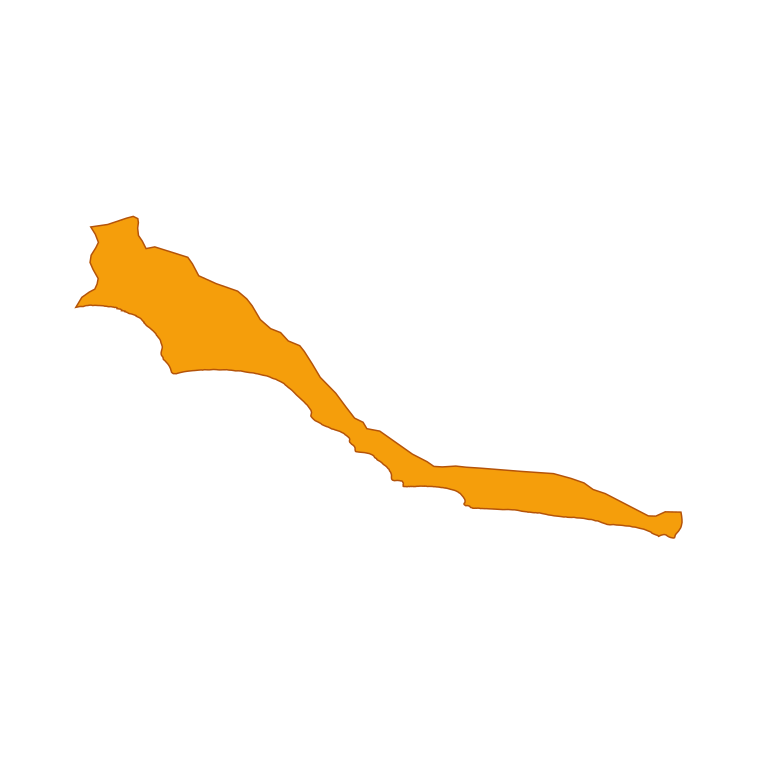 La Floresta, Canelones, Uruguay, rotated 15°
{"feature_id": "84410073B52381986459854", "entity_name": "La Floresta", "entity_type": "district", "adm_level": 2, "iso_a3": "URY", "parent_name": "Uruguay", "parent_adm1": "Canelones", "projection": "equal_earth", "projection_center": [-55.562, -34.763], "detail": "fine", "context": "isolated", "style": "filled", "palette": "amber", "viewbox_px": 768, "rotation_deg": 15, "n_neighbors": 0, "source": "geoboundaries", "source_scale": "gbopen_adm2", "svg_char_len": 6134}
<svg xmlns="http://www.w3.org/2000/svg" viewBox="0 0 768 768"><g transform="rotate(15 384 384)"><path d="M66.5,389.7L70.3,387.8L73.5,387.0L74.7,386.1L75.9,385.4L77.8,384.8L78.6,384.3L80.7,383.6L82.3,383.6L84.4,382.8L85.9,382.5L87.5,382.2L88.6,381.9L92.6,381.1L94.4,381.1L95.2,380.8L96.6,380.7L97.5,380.7L98.5,380.5L99.3,380.2L100.4,379.9L101.8,379.9L102.5,379.7L103.9,379.8L105.0,379.4L106.0,379.4L106.6,379.6L106.6,380.3L108.3,380.1L109.3,380.0L110.2,379.9L110.5,380.1L111.6,380.4L111.5,381.1L113.7,380.7L115.0,380.7L114.9,381.2L116.1,381.2L117.9,381.4L118.5,381.6L118.7,381.8L119.8,381.9L121.9,381.7L124.6,381.9L125.7,382.0L126.6,382.1L127.0,382.2L126.9,382.5L127.9,382.8L130.8,383.3L132.4,383.9L133.9,385.0L135.0,385.7L135.8,386.1L136.3,386.4L136.1,386.7L136.3,387.0L138.1,388.0L138.8,388.6L140.1,389.3L143.1,390.4L145.7,391.7L147.8,392.7L148.5,393.2L150.5,394.4L151.8,395.9L152.3,396.1L153.2,396.8L153.9,397.4L155.1,398.2L156.1,399.0L156.9,400.0L158.0,402.0L159.1,403.5L160.2,405.3L160.5,406.7L160.5,409.6L160.6,411.4L161.0,412.8L161.7,413.9L163.3,415.2L163.7,415.6L164.2,416.7L164.6,417.4L166.2,418.1L167.1,418.7L168.5,419.6L169.9,420.5L171.6,421.9L172.7,423.1L174.0,424.7L174.5,425.7L175.0,426.3L175.6,427.5L176.6,428.1L177.7,428.5L178.4,428.4L179.4,428.1L180.5,427.9L180.8,427.8L181.8,427.1L184.4,425.6L187.7,423.9L190.9,422.5L195.8,420.6L197.6,420.0L201.0,418.7L203.8,417.7L205.2,417.5L206.1,417.0L207.0,416.6L208.5,416.3L211.5,415.6L215.5,414.1L218.3,413.5L220.3,413.2L221.7,412.9L225.6,411.7L227.2,411.3L228.3,410.9L230.5,410.7L232.8,410.2L234.5,410.0L237.4,409.7L239.7,409.0L241.3,408.7L242.2,408.4L243.2,408.4L247.0,408.2L249.0,408.0L251.7,407.7L253.1,407.4L255.1,407.1L257.7,407.1L259.0,406.9L265.1,406.8L267.3,406.6L268.8,406.5L272.0,406.8L273.0,407.0L274.7,407.3L276.1,407.4L278.4,407.4L280.2,407.9L281.6,408.1L284.1,408.6L287.3,409.4L289.0,410.5L290.3,411.0L292.5,412.1L294.8,413.0L296.9,414.0L300.0,415.8L302.1,417.1L309.0,420.7L311.0,421.7L313.5,423.3L315.3,424.2L320.3,428.3L321.4,430.3L321.6,433.8L322.3,434.5L323.9,435.6L325.3,436.4L327.0,437.2L330.2,437.8L331.8,438.2L333.2,438.5L334.5,439.2L336.6,439.6L339.7,440.0L341.1,440.0L343.5,440.5L345.0,440.9L347.4,440.8L348.7,441.0L349.8,441.0L353.7,441.2L354.9,441.5L355.7,441.7L357.5,442.0L358.3,442.3L358.9,442.5L359.5,443.0L360.6,443.3L362.2,444.0L364.2,445.0L364.7,445.5L365.2,446.2L365.3,447.2L365.3,447.6L365.5,448.3L365.9,449.0L367.2,449.8L368.3,450.5L369.5,450.9L370.6,451.4L371.5,452.0L372.0,452.5L372.7,453.4L372.9,454.3L373.2,455.2L373.6,455.9L373.9,456.4L374.5,456.6L375.3,456.5L376.0,456.4L377.1,456.3L383.0,455.3L387.9,455.0L391.1,455.5L392.7,456.1L394.0,457.4L394.7,457.7L395.8,457.9L396.1,458.1L396.6,458.5L396.7,458.8L397.8,459.2L400.3,459.8L402.4,460.7L404.2,461.8L406.5,462.6L408.0,463.3L409.8,464.6L411.1,465.2L411.7,466.3L413.1,467.4L414.3,469.0L415.0,470.6L415.3,472.1L415.9,473.7L417.0,474.6L419.0,474.7L421.7,473.7L424.0,473.3L425.1,473.3L425.9,473.1L426.6,473.1L428.3,474.6L428.5,475.4L428.4,475.9L428.9,476.9L428.8,477.3L428.9,477.7L429.2,477.9L429.6,477.9L430.0,477.9L430.4,477.7L431.2,477.5L432.2,477.4L432.5,477.2L433.0,477.2L433.4,477.0L433.8,476.7L434.3,476.6L434.9,476.6L436.0,476.1L436.4,476.0L436.8,476.0L437.1,475.8L437.6,475.7L438.5,475.5L438.9,475.5L439.2,475.4L439.5,475.2L440.0,475.2L440.8,475.0L441.5,474.5L441.9,474.5L442.7,474.1L443.2,474.1L444.4,473.6L446.0,473.1L447.7,472.7L449.3,472.3L449.5,472.1L449.8,472.2L450.2,472.0L451.6,471.7L452.2,471.8L452.9,471.6L453.5,471.4L456.9,470.5L458.9,470.3L459.9,469.9L460.8,469.9L462.4,469.6L464.1,469.3L465.0,469.3L466.6,469.1L467.0,468.9L467.8,468.9L468.4,468.7L468.8,468.8L469.6,468.7L470.2,468.7L470.5,468.4L471.8,468.5L472.5,468.4L473.3,468.5L474.1,468.4L474.9,468.5L476.3,468.5L477.0,468.4L477.8,468.5L478.6,468.4L479.3,468.5L480.0,468.4L480.5,468.6L481.2,468.6L482.3,468.9L483.1,469.0L485.0,469.8L485.6,469.8L486.9,470.6L488.6,471.8L489.9,472.7L491.4,474.1L491.8,474.5L492.3,475.2L492.7,476.4L492.8,477.2L492.8,477.9L492.4,478.3L492.3,478.9L492.3,479.2L492.4,479.3L492.7,479.7L493.2,479.9L493.8,480.2L494.4,480.4L495.0,480.1L495.5,480.1L496.1,479.8L496.5,479.8L497.0,479.8L497.5,479.8L498.0,479.9L498.4,479.9L499.0,480.4L499.4,480.7L500.0,480.9L500.8,480.7L501.8,481.0L503.3,480.7L504.0,480.5L504.7,480.2L505.1,480.2L506.8,479.6L507.8,479.4L509.0,479.3L509.7,479.3L510.7,478.9L512.4,478.6L513.2,478.4L514.5,478.1L515.5,477.8L516.7,477.6L518.1,477.3L524.2,476.0L531.6,474.5L536.3,473.1L541.0,472.2L542.4,471.8L545.6,471.4L547.2,471.3L550.2,471.2L553.7,470.7L554.8,470.5L556.3,470.5L558.1,470.0L561.0,469.7L562.7,469.4L563.8,469.0L565.5,468.9L567.6,468.2L570.0,468.2L574.4,467.9L576.6,467.9L579.6,467.5L582.4,467.3L585.5,466.8L588.8,466.3L592.3,465.9L593.9,465.3L595.9,465.2L599.5,464.4L602.0,463.6L604.9,463.4L608.1,462.7L611.7,462.1L616.8,461.8L619.3,461.2L621.5,461.2L623.6,461.4L625.8,460.9L628.2,461.2L630.3,461.5L634.0,461.7L635.8,461.9L638.8,461.5L641.8,460.4L645.2,460.0L648.9,459.2L651.3,458.8L653.5,458.6L655.3,458.3L657.9,457.7L661.1,457.7L663.8,457.2L668.3,457.2L672.6,457.0L680.0,457.9L681.4,458.7L683.6,459.1L686.2,459.4L687.6,459.4L688.7,460.1L690.5,458.5L691.5,457.9L693.2,457.0L694.1,456.8L695.5,456.8L697.2,457.5L698.8,457.9L700.6,458.1L703.3,457.9L704.4,457.3L704.5,456.2L704.4,454.8L704.9,453.2L705.8,451.4L706.6,449.8L707.8,446.0L707.9,443.9L707.7,440.6L706.9,437.8L705.6,434.4L704.0,430.9L688.7,434.7L680.7,441.3L673.5,443.0L626.1,432.6L613.3,431.8L602.8,427.8L589.1,426.8L570.9,426.7L539.7,432.8L499.6,440.2L485.0,443.1L474.6,444.7L461.8,449.0L453.5,450.7L445.7,447.9L429.6,444.4L392.1,430.6L379.0,431.6L373.7,426.4L364.4,424.6L353.0,415.9L339.8,405.4L320.7,394.1L309.4,383.1L298.6,373.2L292.7,368.8L280.4,367.2L270.8,361.1L260.2,359.9L247.8,353.8L236.4,342.6L229.4,337.3L218.6,332.2L195.8,330.5L177.0,327.4L167.8,317.5L161.7,312.4L127.1,310.9L119.1,314.8L113.5,308.5L108.4,304.1L105.7,297.2L105.0,291.7L103.4,288.0L98.4,287.0L92.3,290.5L75.9,301.4L60.1,308.2L66.4,314.1L71.5,321.1L70.4,326.9L67.8,335.4L68.6,342.7L73.2,348.5L80.6,356.1L81.0,361.6L80.1,367.2L75.4,371.6L69.7,378.5L66.5,389.7Z" fill="#f59e0b" stroke="#b45309" stroke-width="1.5"/></g></svg>